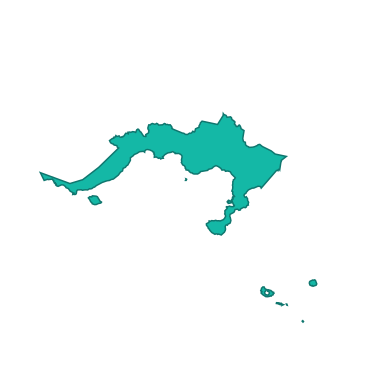 outline of Talasea District, West New Britain, Papua New Guinea, rotated 200°
{"feature_id": "67681753B12348367774956", "entity_name": "Talasea District", "entity_type": "district", "adm_level": 2, "iso_a3": "PNG", "parent_name": "Papua New Guinea", "parent_adm1": "West New Britain", "projection": "albers", "projection_center": [150.421, -5.275], "detail": "fine", "context": "isolated", "style": "filled", "palette": "teal", "viewbox_px": 384, "rotation_deg": 200, "n_neighbors": 0, "source": "geoboundaries", "source_scale": "gbopen_adm2", "svg_char_len": 6102}
<svg xmlns="http://www.w3.org/2000/svg" viewBox="0 0 384 384"><g transform="rotate(200 192 192)"><path d="M334.9,152.3L332.0,154.6L331.3,154.5L327.5,156.4L326.7,155.5L325.9,155.6L325.8,155.4L326.2,155.2L325.0,154.0L324.4,154.0L324.2,153.4L323.6,153.8L323.3,153.2L322.2,153.0L322.0,152.5L322.4,152.6L322.6,152.1L321.4,151.5L319.8,151.5L316.9,154.2L315.1,154.6L312.7,153.8L311.9,153.0L309.3,152.9L306.6,151.0L304.8,150.9L303.9,150.3L302.6,150.7L301.6,149.5L300.5,150.0L300.2,151.0L300.7,153.6L300.3,154.8L296.7,156.3L295.7,156.1L293.2,157.5L290.7,158.3L289.4,160.0L288.6,160.1L287.3,160.9L286.1,162.8L285.2,163.3L284.1,165.3L279.6,170.3L275.8,173.4L273.4,174.7L272.3,176.0L270.3,177.3L267.0,182.7L266.0,186.2L264.5,188.0L264.8,190.7L263.0,192.4L262.5,194.3L261.6,195.2L260.7,200.6L261.6,203.1L259.5,206.2L259.2,207.4L256.9,209.5L255.1,211.9L251.6,213.6L250.1,213.2L250.4,214.6L249.6,216.0L248.4,216.7L246.1,217.1L243.0,216.8L242.2,216.2L241.6,216.4L240.8,215.4L241.0,214.7L240.1,214.4L239.3,211.7L237.6,212.7L235.0,212.2L233.9,213.0L232.7,212.3L231.8,213.3L230.5,213.9L231.7,215.2L231.1,215.6L230.5,217.5L228.2,220.4L225.4,222.0L224.0,223.3L223.1,223.3L221.5,222.7L221.0,222.9L220.8,222.4L217.6,223.7L215.4,223.4L214.0,222.7L213.3,221.5L212.9,218.5L212.1,217.3L212.1,216.0L211.1,215.4L210.8,214.9L209.8,214.2L208.4,214.1L207.5,213.6L206.7,212.9L206.7,212.2L205.5,211.4L205.2,210.7L202.6,211.2L201.6,210.3L199.7,209.7L198.2,210.0L197.6,209.6L196.3,209.6L192.8,210.9L191.3,212.8L191.0,214.1L184.6,217.7L184.3,218.9L181.4,220.9L180.3,223.1L178.5,225.0L176.1,224.9L173.0,224.1L171.4,222.8L169.2,223.8L168.2,223.5L167.7,222.9L165.5,224.0L162.9,224.1L161.0,222.4L156.2,220.2L156.5,218.5L157.3,217.6L157.0,216.5L157.2,215.8L156.3,213.2L156.4,212.4L155.5,211.0L154.9,208.8L154.9,206.5L153.7,206.1L153.4,204.7L152.8,203.7L151.2,202.8L151.3,202.5L151.8,202.7L151.9,202.2L150.8,202.0L152.1,200.9L152.0,200.2L151.4,200.3L151.0,199.6L151.2,198.9L152.0,198.5L151.7,197.4L150.9,197.0L150.7,195.5L149.9,195.7L148.4,194.0L147.7,194.0L147.5,193.4L148.3,192.3L150.5,191.6L151.9,191.6L153.0,190.6L154.6,190.0L154.5,189.5L153.5,189.1L153.4,188.5L154.7,185.6L153.7,183.3L153.8,182.6L152.7,181.7L152.1,180.5L152.4,178.3L153.2,176.6L155.8,174.3L156.7,174.3L158.6,173.5L160.0,173.5L161.6,172.4L163.8,171.8L164.7,170.8L166.0,170.7L165.7,169.2L167.6,167.1L167.1,165.8L164.8,164.3L164.2,163.3L163.1,163.0L162.3,162.2L159.6,160.7L156.0,160.1L155.1,160.9L154.1,161.2L153.4,160.9L152.6,161.6L149.8,161.6L147.8,165.4L147.6,167.3L147.8,168.6L149.0,170.8L148.9,172.2L148.4,172.9L147.4,172.9L147.0,174.5L145.9,175.3L145.5,176.0L145.7,178.5L147.5,181.4L148.2,182.0L148.6,184.0L145.8,187.1L145.5,188.0L145.6,190.2L143.7,191.3L142.7,191.3L141.7,190.8L140.4,191.7L140.6,192.7L138.2,195.3L136.5,195.5L135.8,196.5L135.9,197.9L134.6,199.0L135.1,199.7L135.3,201.7L136.9,203.1L137.5,204.7L139.4,206.1L140.0,205.3L140.7,205.3L142.1,206.7L141.9,208.0L140.9,209.1L140.8,210.5L139.7,213.3L136.9,216.1L135.2,216.9L131.9,220.0L129.5,220.6L128.3,219.3L120.0,241.0L119.3,241.6L118.5,241.4L118.5,242.3L117.9,242.6L118.1,243.1L117.5,243.4L117.2,243.1L118.6,250.0L118.6,251.8L118.9,252.2L115.5,257.7L126.8,256.1L131.6,257.7L141.4,258.8L144.6,259.9L146.0,259.1L146.7,257.9L148.9,255.8L150.5,254.8L153.7,253.4L154.1,253.8L156.4,254.0L157.9,254.8L158.9,257.0L160.1,256.9L161.1,257.3L162.6,259.6L164.1,267.5L167.7,268.3L168.2,269.4L169.8,270.9L170.6,271.1L171.6,269.1L172.8,268.7L173.8,269.7L175.4,270.4L175.4,271.8L175.9,272.8L176.6,272.8L177.1,273.3L179.2,273.7L180.4,275.4L181.5,275.8L184.6,274.2L186.1,275.6L188.7,275.8L189.4,276.3L188.9,274.5L191.1,264.2L206.8,262.0L207.8,259.7L207.6,259.1L208.0,256.5L207.5,255.3L210.3,252.6L210.0,249.8L210.5,249.1L212.0,249.4L212.6,247.4L213.5,246.6L214.4,246.5L215.9,244.5L217.9,243.9L219.8,244.4L220.8,244.1L230.6,244.5L232.6,244.8L232.8,245.7L233.5,246.5L235.4,247.7L237.1,247.0L238.2,247.1L239.7,246.4L240.3,246.9L241.4,246.9L242.7,245.0L246.3,243.5L247.5,244.3L248.7,244.4L249.4,243.4L250.3,242.9L252.8,242.8L253.9,241.5L254.0,240.9L255.6,240.3L255.4,237.2L254.9,236.1L253.6,235.3L253.7,234.5L253.1,233.6L253.2,232.5L255.1,230.1L254.3,228.6L254.4,228.3L256.6,227.9L260.6,230.9L261.3,230.9L263.6,232.6L264.4,232.6L265.2,231.5L265.3,228.7L266.7,228.8L268.5,228.4L269.9,227.1L270.9,227.1L272.6,226.2L271.8,225.4L271.8,224.8L272.6,225.0L274.4,224.5L275.1,221.3L275.8,220.8L275.9,220.0L276.8,219.9L277.2,219.2L277.8,219.0L279.2,219.2L279.7,219.8L281.6,218.4L282.8,219.0L283.0,217.4L284.2,216.7L283.9,215.8L285.1,215.1L287.1,212.1L285.3,210.4L283.1,210.0L282.5,210.2L281.3,209.5L278.5,209.9L277.4,208.5L276.0,208.2L288.1,183.2L298.9,166.2L309.6,158.2L341.1,158.3L334.9,152.3ZM281.7,146.8L279.3,146.8L277.8,147.4L275.8,149.3L274.5,150.0L273.5,151.1L273.6,151.6L275.2,151.9L279.3,155.2L280.7,155.3L284.4,154.3L284.5,153.1L286.4,152.7L287.4,151.0L285.5,149.8L283.9,148.2L282.4,147.6L281.7,146.8ZM90.4,119.7L86.9,118.9L85.2,119.4L83.2,120.6L82.9,121.2L82.0,121.2L81.3,122.7L80.6,123.2L80.9,124.0L80.3,124.8L81.0,125.7L82.2,125.4L82.7,125.9L83.6,126.0L84.0,126.4L87.2,126.2L87.5,125.5L87.1,124.6L85.6,124.6L84.6,123.5L84.6,123.0L85.4,121.0L87.7,120.8L88.9,121.5L89.5,122.8L89.0,123.8L88.8,125.9L90.5,126.1L91.6,127.4L92.9,127.1L93.8,125.3L93.5,124.6L93.7,122.9L92.3,122.2L92.8,121.8L92.4,121.2L92.5,120.7L90.4,119.7ZM49.4,144.9L47.4,144.7L46.8,145.3L46.1,144.8L43.5,146.8L43.3,148.3L45.8,151.2L46.7,151.4L47.5,150.7L48.3,150.7L50.5,148.6L50.8,147.8L50.6,146.5L49.4,144.9ZM154.4,194.4L154.0,193.7L152.4,194.5L151.9,195.5L152.3,196.4L153.5,197.0L154.3,195.9L155.0,196.5L155.6,194.8L155.0,194.3L154.4,194.4ZM74.7,116.9L74.6,116.1L73.1,116.4L71.0,116.3L69.6,116.5L68.8,117.0L69.0,117.5L70.1,118.0L71.7,117.3L72.2,117.6L73.4,117.3L74.7,116.9ZM43.9,109.0L44.3,108.3L43.2,107.7L42.9,108.4L43.9,109.0ZM302.3,150.1L303.3,149.8L303.2,148.9L302.1,149.6L302.3,150.1ZM201.7,201.9L202.1,201.0L202.1,200.7L201.5,200.9L201.3,201.9L201.6,202.3L202.1,202.3L201.7,201.9ZM65.0,119.0L64.4,118.2L63.8,118.2L64.5,119.1L65.0,119.0ZM68.1,117.2L68.2,116.7L67.5,117.4L68.6,117.4L68.1,117.2Z" fill="#14b8a6" stroke="#0f766e" stroke-width="1.5"/></g></svg>